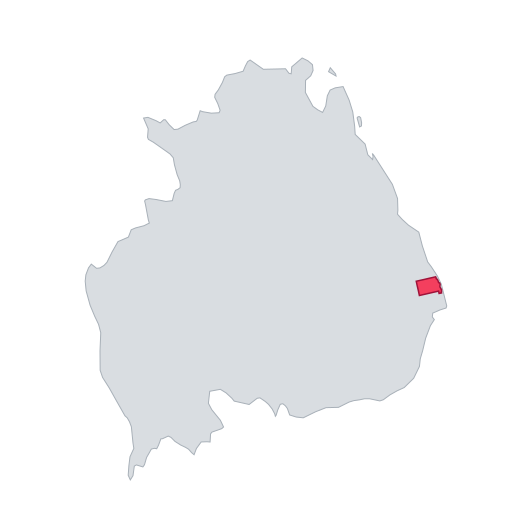 Phnum Proek, Batdâmbâng, Cambodia shown in context, rotated 168°
{"feature_id": "14789045B85132506712609", "entity_name": "Phnum Proek", "entity_type": "district", "adm_level": 2, "iso_a3": "KHM", "parent_name": "Cambodia", "parent_adm1": "Batdâmbâng", "projection": "equal_earth", "projection_center": [102.376, 13.291], "detail": "fine", "context": "in_parent", "style": "filled", "palette": "rose", "viewbox_px": 512, "rotation_deg": 168, "n_neighbors": 0, "source": "geoboundaries", "source_scale": "gbopen_adm2", "svg_char_len": 3916}
<svg xmlns="http://www.w3.org/2000/svg" viewBox="0 0 512 512"><g transform="rotate(168 256 256)"><path d="M425.5,63.1L426.6,68.1L423.9,77.4L421.0,85.8L415.5,93.2L415.2,98.7L413.4,114.9L414.2,120.1L415.6,124.5L417.4,126.9L422.4,142.7L426.9,157.2L431.3,169.1L432.2,176.6L428.3,195.7L423.8,213.2L424.2,221.9L426.3,230.6L428.5,242.3L429.4,257.2L428.3,266.9L426.3,273.0L422.3,279.2L418.8,282.3L414.5,277.1L411.1,276.8L406.6,278.4L403.1,280.8L395.9,289.9L388.0,298.8L376.9,301.0L372.6,307.6L368.0,308.5L359.2,308.9L353.5,310.4L353.8,313.7L353.4,329.3L353.5,332.9L352.6,333.9L348.7,334.4L341.9,332.0L332.8,328.1L326.3,327.5L323.0,334.3L321.0,337.0L318.6,337.4L316.0,338.6L315.2,341.6L315.0,345.4L316.2,351.9L316.8,362.2L316.5,369.3L318.9,373.7L332.8,388.7L337.0,392.4L337.4,394.7L335.0,402.8L337.3,414.3L332.9,414.1L325.6,409.1L322.1,406.1L317.9,408.5L316.4,408.1L313.6,402.4L309.8,396.7L306.0,396.3L297.9,398.6L289.6,400.2L286.4,400.1L285.2,401.2L280.4,409.7L278.3,408.3L270.0,405.0L262.3,403.8L260.8,406.0L261.7,413.0L263.4,419.8L262.4,422.7L258.3,426.3L252.8,432.7L249.4,437.8L247.0,439.0L238.6,438.8L230.2,439.4L226.8,444.2L223.7,447.9L221.0,448.9L210.0,437.1L188.2,433.0L185.8,427.9L183.7,426.9L181.7,433.6L169.7,440.1L164.7,436.2L161.0,431.4L161.6,425.6L165.0,420.9L171.0,417.5L173.7,405.7L169.2,390.5L165.2,386.1L161.0,382.6L156.6,388.2L152.9,397.9L149.0,402.9L143.6,404.0L135.6,403.6L132.5,389.1L131.4,376.8L132.5,362.7L133.7,354.3L126.0,342.8L125.6,331.8L121.9,326.1L120.8,329.0L120.9,332.1L119.8,329.9L107.7,297.7L105.6,282.8L107.7,271.3L108.9,267.4L105.4,261.4L100.5,254.5L91.8,245.5L91.2,231.3L89.3,214.5L86.7,208.9L82.7,198.6L80.6,190.0L79.8,167.5L80.9,165.6L87.1,165.0L95.0,163.4L96.2,159.7L94.8,156.7L99.9,151.6L107.1,140.4L112.7,128.7L116.7,121.3L119.1,114.0L127.2,103.6L138.4,96.5L146.0,94.8L153.9,92.3L161.4,88.9L165.0,88.5L174.5,92.7L179.5,93.8L184.9,93.8L190.4,94.2L195.2,93.8L206.8,90.8L219.0,93.1L229.9,91.3L243.4,87.9L250.1,90.1L256.1,93.5L257.0,100.3L258.4,103.4L260.5,105.9L263.1,105.9L266.6,101.1L269.4,96.1L270.4,95.2L270.5,97.7L272.0,103.0L274.6,108.3L277.2,111.8L281.6,116.4L284.4,116.6L293.6,112.2L307.5,118.6L309.1,121.8L313.7,128.3L318.6,133.0L329.4,133.3L333.2,121.8L331.2,114.8L325.0,102.7L323.3,95.5L325.3,94.3L335.7,92.9L337.4,91.5L339.6,83.6L342.5,84.5L348.3,85.5L354.3,80.1L357.9,74.5L359.9,77.1L362.1,81.0L364.5,83.3L368.9,86.7L373.8,91.5L376.8,96.2L379.3,98.1L385.5,96.7L387.1,96.9L390.7,91.2L393.2,88.1L395.3,89.0L398.5,88.9L404.9,81.7L408.5,75.0L410.5,73.2L416.4,76.5L418.7,75.8L422.0,66.7L425.5,63.1ZM128.4,370.1L127.2,371.0L126.0,370.9L124.9,369.6L125.0,364.4L125.8,361.3L127.8,360.7L128.4,370.1ZM146.7,421.2L144.2,424.7L140.3,417.5L140.3,415.4L146.7,421.2Z" fill="#d9dde1" stroke="#a8b0b8" stroke-width="1"/><path d="M104.4,183.4L91.6,183.6L84.7,183.7L84.7,181.3L82.2,181.3L82.2,181.5L82.3,181.5L82.3,181.8L82.2,181.8L82.2,182.0L82.0,182.3L81.9,182.4L81.9,182.5L81.9,182.8L81.9,183.0L81.8,183.3L81.8,183.5L81.7,183.7L81.7,183.8L81.6,184.0L81.6,184.3L81.6,184.5L81.5,184.8L81.7,185.0L81.8,185.1L82.0,185.3L82.0,185.5L81.9,185.6L81.9,185.8L82.0,185.9L82.0,186.0L82.1,186.3L82.2,186.5L82.3,186.7L82.3,186.8L82.4,187.1L82.4,187.3L82.5,187.5L82.5,187.9L82.5,188.0L82.4,188.2L82.4,188.3L82.3,188.5L82.2,188.7L82.2,188.8L82.1,189.1L82.0,189.4L81.9,189.6L81.9,189.8L81.8,190.0L81.8,190.3L81.8,190.5L81.8,190.8L81.8,191.0L81.9,191.3L82.0,191.5L82.3,191.5L82.5,191.7L82.6,191.8L82.8,191.9L82.8,192.0L83.0,192.3L83.0,192.5L82.9,192.8L83.0,193.0L83.0,193.3L83.0,193.5L83.1,193.8L83.2,194.0L83.2,194.3L83.2,194.5L83.3,194.7L83.4,194.8L83.4,195.0L83.5,195.0L83.6,195.3L83.8,195.5L83.8,195.8L83.9,196.0L84.0,196.1L84.1,196.3L84.3,196.3L84.3,196.5L84.3,196.8L84.4,197.0L84.5,197.1L84.4,197.3L84.5,197.5L84.5,197.8L84.7,198.0L84.7,198.3L91.6,198.2L95.9,198.1L104.5,198.0L104.5,194.8L104.5,193.3L104.4,188.6L104.4,187.0L104.4,183.4Z" fill="#f43f5e" stroke="#9f1239" stroke-width="1.5"/></g></svg>